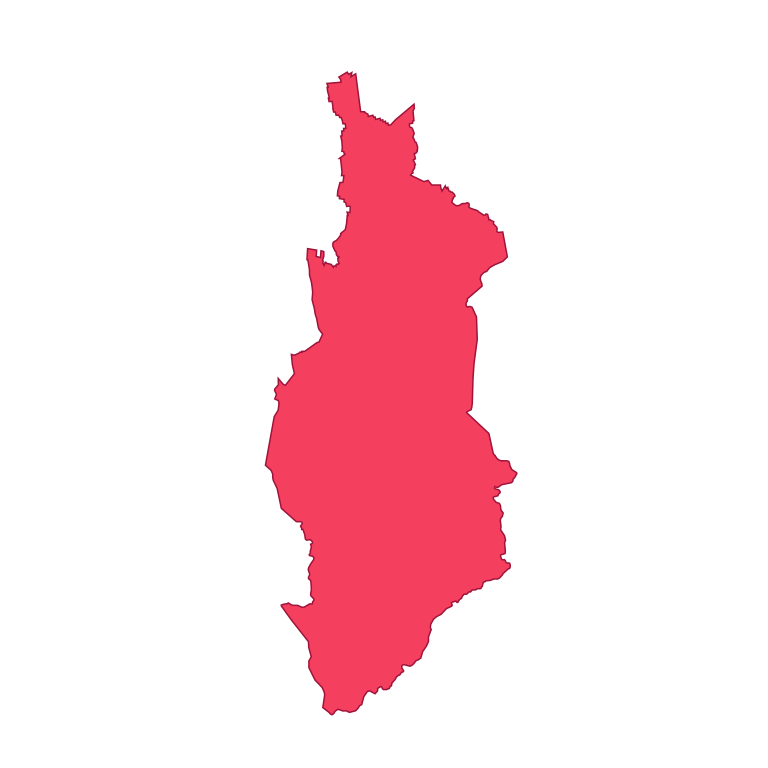 outline of Zacapoaxtla, Puebla, Mexico, rotated 167°
{"feature_id": "50627088B50649641407498", "entity_name": "Zacapoaxtla", "entity_type": "district", "adm_level": 2, "iso_a3": "MEX", "parent_name": "Mexico", "parent_adm1": "Puebla", "projection": "albers", "projection_center": [-97.59, 19.841], "detail": "fine", "context": "isolated", "style": "filled", "palette": "rose", "viewbox_px": 768, "rotation_deg": 167, "n_neighbors": 0, "source": "geoboundaries", "source_scale": "gbopen_adm2", "svg_char_len": 6133}
<svg xmlns="http://www.w3.org/2000/svg" viewBox="0 0 768 768"><g transform="rotate(167 384 384)"><path d="M418.3,104.5L415.0,107.2L412.4,107.6L409.8,108.7L406.5,114.6L401.6,119.1L398.6,123.1L397.5,127.7L393.2,134.2L393.7,136.1L392.5,139.4L388.8,143.6L385.1,145.5L380.1,146.8L373.7,151.1L368.3,152.2L367.5,152.7L367.3,153.5L367.6,155.5L366.7,156.1L362.8,156.3L361.9,154.7L361.3,154.6L359.2,156.7L356.4,158.0L355.7,159.4L353.2,161.2L350.8,160.6L347.6,162.4L346.6,161.9L346.0,162.2L344.5,163.5L340.9,162.8L338.9,163.6L336.5,162.9L335.5,163.1L333.7,164.9L331.8,168.5L330.1,168.6L329.0,169.3L324.6,168.7L320.5,169.3L317.1,168.4L314.9,169.1L311.6,171.3L310.7,172.4L304.7,175.9L303.2,176.0L302.5,176.7L301.8,178.7L301.8,180.8L302.3,181.4L304.5,182.0L305.4,183.1L305.5,184.6L306.2,185.8L307.7,185.9L308.8,186.6L309.2,189.5L309.0,191.0L308.6,191.2L304.2,191.6L303.3,194.1L302.2,202.3L300.7,204.4L300.7,209.1L303.2,215.8L302.0,218.9L301.4,224.7L300.7,226.5L298.4,228.5L296.9,231.5L298.4,235.0L297.9,239.1L298.4,241.7L301.4,243.5L303.2,247.2L303.2,248.8L302.4,249.3L298.1,249.5L297.3,250.9L295.5,251.8L295.0,252.9L296.0,255.1L299.4,256.9L299.8,257.8L298.8,259.1L297.7,258.1L296.1,257.7L292.0,259.4L282.0,259.2L280.3,260.3L279.8,262.0L277.7,263.5L274.8,266.6L274.7,267.7L278.7,271.9L279.7,276.1L279.5,278.7L279.9,280.6L281.5,281.5L287.3,282.9L288.9,283.9L290.8,286.1L291.9,289.4L293.2,291.4L292.9,312.1L310.0,337.6L308.9,338.5L305.0,339.3L303.8,341.3L302.3,345.4L296.2,368.8L291.6,383.9L283.1,406.5L278.8,428.6L280.9,438.9L282.9,440.3L285.5,440.2L286.2,441.7L286.1,443.7L285.1,445.3L284.0,446.2L283.6,448.3L266.4,457.3L266.1,460.0L266.6,462.5L266.6,465.0L265.3,467.6L263.3,469.2L261.3,470.3L258.7,470.6L254.6,473.7L249.3,475.3L240.9,476.7L235.2,480.1L234.1,505.4L238.5,506.0L239.5,506.8L239.5,508.5L238.8,509.7L238.9,511.5L241.3,515.4L240.6,517.6L242.7,519.0L243.5,520.2L245.0,520.6L244.6,522.5L244.9,523.5L244.8,525.7L245.5,526.4L246.6,526.7L247.4,525.8L248.6,525.9L253.1,530.5L253.9,531.9L260.4,535.9L261.5,537.3L260.7,539.3L260.7,541.0L262.2,541.9L264.1,541.6L267.4,542.2L270.2,541.1L272.5,541.2L274.1,541.9L277.0,545.6L275.8,548.4L274.8,549.0L274.6,550.1L272.6,551.0L272.6,552.1L273.0,553.4L274.5,555.7L275.5,555.8L276.1,556.9L277.3,557.6L277.4,560.0L278.8,560.1L278.9,560.5L277.9,561.3L279.8,561.7L279.8,563.2L284.1,558.9L284.5,562.6L284.2,565.2L292.6,567.1L295.3,572.5L299.6,572.2L311.0,581.4L309.8,582.9L308.2,583.2L308.4,584.8L305.8,587.4L305.2,588.6L305.2,589.8L304.0,590.7L305.1,595.7L302.7,596.4L302.7,601.6L301.1,601.7L299.4,602.9L299.3,604.2L298.9,604.2L297.9,607.3L298.4,612.2L299.3,612.9L299.8,616.8L300.5,617.8L298.2,621.3L298.7,625.7L299.3,627.6L300.8,628.3L301.2,629.7L300.5,631.9L297.5,631.6L296.8,633.9L295.6,633.8L294.3,643.6L292.4,645.8L291.8,649.9L313.3,638.9L319.1,635.0L321.5,635.1L321.5,637.4L323.7,637.4L323.5,639.7L325.8,639.6L325.8,641.7L328.1,641.7L328.1,643.8L332.6,643.7L332.6,646.2L334.0,646.2L334.4,648.4L339.1,648.2L339.0,650.5L341.5,652.8L341.6,653.6L345.5,654.6L341.8,692.6L347.0,690.9L345.3,694.7L348.7,693.6L349.7,696.2L358.9,693.2L357.7,690.4L358.0,687.7L372.0,689.7L371.5,685.9L372.6,686.0L373.1,682.4L372.9,675.0L373.9,675.1L374.0,671.5L371.0,671.0L371.6,663.8L371.9,663.8L371.9,660.3L370.3,660.0L370.2,656.6L367.7,656.1L367.1,653.5L365.8,653.4L365.3,649.0L365.5,646.8L363.2,646.3L363.7,641.7L365.9,642.1L366.2,639.7L368.3,640.0L369.0,635.3L370.4,635.3L370.4,630.3L371.5,623.5L372.7,620.2L370.9,619.4L371.0,617.9L370.3,616.7L376.7,613.8L375.6,613.5L377.2,600.1L378.5,596.6L376.2,596.0L378.6,589.7L381.6,590.2L385.7,582.3L387.1,577.8L385.0,576.9L385.8,574.7L381.3,572.8L382.0,570.5L380.6,569.4L380.4,565.4L377.6,565.1L377.0,564.4L378.6,558.7L381.3,559.8L381.1,556.2L381.9,556.5L384.4,548.8L387.0,543.1L392.5,540.3L392.4,539.2L395.5,536.4L398.1,534.6L401.3,533.7L402.3,532.3L402.8,529.3L401.8,524.6L401.0,523.5L401.3,520.7L400.5,518.8L399.9,518.6L400.0,518.1L399.4,518.1L399.6,517.1L400.7,516.9L401.2,513.9L400.5,511.7L401.9,510.9L402.6,511.5L403.7,511.2L404.3,509.4L404.9,510.0L406.6,510.2L407.1,509.3L408.5,512.4L413.1,514.7L413.2,515.6L413.9,515.9L415.7,513.0L416.4,515.6L415.7,517.2L415.8,518.8L413.9,522.0L412.9,526.6L415.4,528.0L417.5,521.6L421.4,523.5L419.5,529.6L428.0,533.1L431.1,522.4L430.3,521.8L430.9,512.3L432.1,506.8L431.8,499.6L432.3,493.9L432.9,489.2L435.1,482.3L434.9,473.3L435.3,467.2L434.9,463.0L435.3,454.5L435.0,451.6L432.6,446.4L438.0,439.4L439.9,439.5L453.8,433.7L456.8,434.3L456.8,433.4L458.9,433.9L459.2,433.4L464.8,432.2L467.6,433.7L468.9,423.7L469.0,414.2L480.3,405.0L481.3,405.4L482.6,406.9L485.8,413.2L487.1,407.0L491.4,403.8L492.1,402.3L491.2,398.9L491.3,397.7L493.8,394.0L490.7,391.6L490.5,389.9L491.1,387.5L493.0,382.3L498.3,376.9L517.8,331.5L513.4,325.2L512.7,321.2L513.4,318.2L513.6,315.4L511.6,306.2L512.0,285.9L500.6,269.9L499.5,269.3L496.3,268.7L495.1,267.7L495.0,266.5L497.3,264.3L496.7,262.0L496.9,260.8L495.8,260.6L495.5,258.9L495.1,254.7L495.5,251.3L495.3,250.2L494.6,249.3L490.8,248.9L489.2,246.3L489.4,245.3L490.2,244.5L491.6,244.4L491.4,242.0L491.8,240.7L493.6,237.4L493.7,236.0L495.3,234.5L495.2,233.6L492.1,232.1L491.4,230.3L492.2,228.5L495.2,225.9L498.6,222.2L499.4,220.7L499.6,219.5L499.2,216.0L499.5,214.6L501.2,212.5L501.2,211.0L499.7,209.2L499.7,207.6L501.0,200.0L502.8,195.7L502.9,194.2L500.7,190.2L500.9,189.2L502.7,187.6L503.2,186.1L503.7,185.8L505.7,186.5L511.5,184.7L513.8,184.7L518.1,187.8L522.4,188.8L524.1,189.8L526.5,192.2L528.1,191.7L531.3,192.0L533.9,191.7L533.9,190.6L527.4,175.1L515.6,150.0L516.6,144.1L516.2,134.7L519.5,131.0L521.0,124.5L517.8,111.1L512.5,102.1L511.6,97.6L511.7,94.5L516.4,82.5L511.2,76.1L510.6,74.7L509.1,73.4L506.7,74.5L505.4,76.1L502.0,77.4L497.4,74.6L494.5,74.1L491.5,71.8L485.2,72.0L482.3,73.8L480.2,76.0L477.8,76.7L474.0,83.9L469.4,88.1L467.1,88.3L462.4,84.2L459.4,86.3L458.6,88.9L455.0,89.9L454.3,89.1L454.1,87.3L453.1,86.3L450.3,85.7L447.3,86.2L446.0,88.0L444.7,88.2L443.5,90.9L439.7,93.5L437.8,95.7L435.7,96.8L434.1,97.0L431.9,99.0L430.2,99.2L429.6,99.6L429.4,100.3L430.5,103.4L430.2,105.0L429.4,105.9L427.7,106.1L422.8,103.5L421.4,103.2L418.3,104.5Z" fill="#f43f5e" stroke="#9f1239" stroke-width="1.5"/></g></svg>